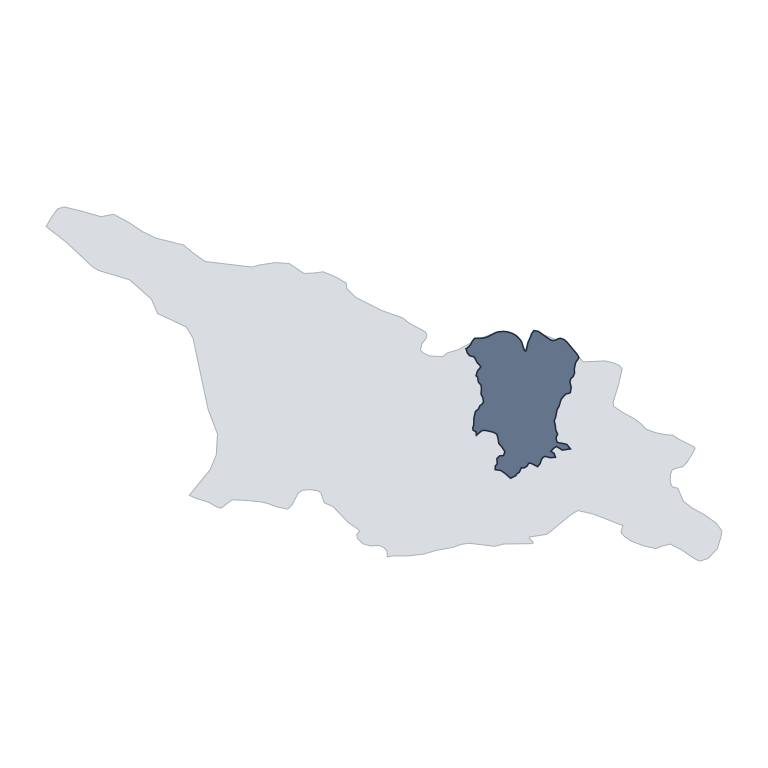 location of Mtskheta-Mtianeti within Georgia
{"feature_id": "GEO-3034", "entity_name": "Mtskheta-Mtianeti", "entity_type": "Region", "adm_level": 1, "iso_a3": "GEO", "parent_name": "Georgia", "parent_adm1": "", "projection": "albers", "projection_center": [44.706, 42.223], "detail": "fine", "context": "in_parent", "style": "filled", "palette": "slate", "viewbox_px": 768, "rotation_deg": 0, "n_neighbors": 0, "source": "natural_earth", "source_scale": "10m", "svg_char_len": 3798}
<svg xmlns="http://www.w3.org/2000/svg" viewBox="0 0 768 768"><path d="M387.2,556.9L387.4,554.4L386.7,550.3L383.5,547.3L379.0,545.4L370.8,545.9L363.1,543.9L357.8,538.7L356.6,534.7L359.8,531.6L357.6,528.9L348.2,522.5L333.0,506.5L324.3,502.8L321.0,492.9L317.6,490.7L310.2,489.6L302.4,490.3L300.7,491.4L298.3,492.9L291.9,505.1L287.5,509.1L277.0,506.9L268.4,503.7L261.3,501.9L247.6,500.5L232.0,499.8L221.1,508.1L216.6,506.9L208.8,502.3L196.0,498.3L189.3,495.3L209.9,470.1L216.3,455.0L216.8,445.7L217.5,434.0L208.1,409.3L200.7,374.5L193.0,338.2L186.4,327.1L157.6,313.5L151.4,299.1L129.6,279.8L98.6,270.5L92.5,266.8L66.5,242.4L46.1,226.5L51.1,217.9L57.7,208.8L64.3,206.9L83.3,211.6L100.7,216.7L113.7,214.3L128.7,222.4L142.3,231.6L156.1,238.2L183.4,245.0L193.4,253.2L205.1,261.5L252.0,267.1L255.9,266.0L259.4,265.0L275.2,262.6L289.2,263.5L303.7,273.4L313.2,273.1L323.3,271.8L336.1,277.2L346.2,283.1L347.0,288.9L355.8,297.4L381.6,310.5L402.7,318.0L409.2,323.2L425.2,331.7L426.8,334.4L426.4,337.8L421.8,344.0L420.5,349.6L422.7,352.8L429.3,355.9L442.7,356.7L447.5,352.8L457.4,350.0L467.3,344.9L480.5,338.1L498.3,332.0L505.4,332.0L512.3,333.9L517.1,337.4L525.1,350.1L533.1,332.2L535.2,330.9L542.5,334.5L555.5,339.4L564.5,342.0L569.4,345.7L583.2,361.9L605.4,360.9L614.9,363.3L619.9,365.9L622.2,369.0L618.4,385.3L613.1,402.2L613.6,406.3L622.7,412.5L634.9,419.1L641.6,424.4L646.1,429.2L655.8,432.8L667.2,434.9L672.7,435.1L678.4,439.0L693.2,446.4L695.1,448.3L692.7,453.2L687.0,462.3L682.4,466.9L677.3,467.8L672.2,469.9L670.4,474.7L670.3,480.9L671.3,485.3L672.6,487.0L677.9,488.3L683.4,501.2L691.7,507.7L704.6,514.9L716.2,523.1L721.9,530.8L721.0,536.6L717.5,548.4L708.2,558.4L700.3,561.1L697.5,560.2L692.3,557.3L681.7,549.9L670.2,544.1L661.5,546.2L655.9,548.6L644.5,546.1L631.0,541.1L624.0,536.0L620.9,532.3L622.9,525.6L592.5,513.8L577.9,510.6L571.3,514.3L549.1,532.6L546.5,534.4L529.4,537.0L529.4,538.4L533.3,542.4L532.6,543.6L503.9,544.0L494.4,546.3L469.0,543.2L460.6,544.5L453.4,547.3L436.0,550.4L423.9,554.1L408.5,555.9L392.6,555.9L387.2,556.9Z" fill="#d9dde1" stroke="#a8b0b8" stroke-width="1"/><path d="M534.0,330.5L538.4,331.4L549.5,339.3L551.3,340.2L553.1,340.6L555.1,340.2L556.0,339.8L558.8,338.5L560.7,338.3L564.0,339.5L566.9,342.0L577.0,354.1L578.1,356.0L578.9,357.8L575.6,362.7L574.3,368.9L574.6,373.1L573.1,376.6L570.8,378.7L569.9,381.9L571.2,387.4L570.3,392.7L568.3,393.5L566.2,393.8L563.6,396.3L561.1,399.4L559.0,406.4L557.1,409.5L555.6,417.4L554.2,420.6L555.4,425.9L555.7,429.8L557.6,434.1L556.0,437.9L557.0,442.1L559.3,443.0L561.8,443.2L566.8,444.4L570.5,448.9L562.2,450.1L556.6,446.4L553.6,448.3L550.9,451.3L554.1,453.3L555.5,457.3L550.4,457.7L545.2,456.4L543.0,457.3L541.3,459.9L540.1,463.7L537.6,466.7L531.3,463.4L528.7,463.2L527.1,466.1L524.2,467.9L521.3,467.8L519.2,472.5L517.2,473.4L515.9,475.6L510.6,478.3L505.7,473.9L500.9,470.5L495.2,469.7L495.2,466.2L497.2,463.8L496.9,458.5L499.8,455.8L503.5,455.6L504.9,451.7L502.2,447.4L498.8,443.4L498.0,438.4L497.2,435.5L497.1,435.2L496.8,434.1L493.2,432.2L485.9,430.5L482.4,430.4L479.4,432.6L477.8,434.1L476.4,435.3L476.0,431.8L473.1,430.2L472.7,427.9L473.6,425.4L473.7,425.2L473.9,418.1L475.5,411.4L476.8,410.3L478.0,409.5L479.0,407.8L479.7,406.0L481.8,404.4L483.5,402.0L482.8,397.7L481.0,394.0L481.4,389.7L481.2,385.5L479.8,383.7L478.5,382.3L478.0,380.1L477.8,377.9L477.1,376.5L476.0,375.8L477.5,370.9L480.8,366.9L479.3,364.6L477.5,363.1L474.2,357.0L469.4,355.6L467.3,352.8L466.1,349.1L465.9,348.7L467.0,348.3L468.5,346.9L470.4,344.9L472.3,341.1L474.6,338.3L483.6,338.1L487.7,336.8L495.6,332.6L498.5,331.8L503.6,331.4L507.9,331.9L511.7,333.2L512.1,333.3L515.9,335.4L517.4,336.7L520.4,339.9L521.6,341.8L524.1,349.8L525.4,351.1L526.3,350.2L527.9,342.6L530.8,336.2L531.4,334.0L534.0,330.5Z" fill="#64748b" stroke="#1e293b" stroke-width="1.5"/></svg>